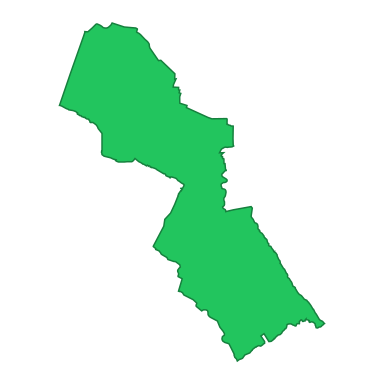 the district of Monterrey, Nuevo León, Mexico
{"feature_id": "50627088B99377367762424", "entity_name": "Monterrey", "entity_type": "district", "adm_level": 2, "iso_a3": "MEX", "parent_name": "Mexico", "parent_adm1": "Nuevo León", "projection": "orthographic", "projection_center": [-100.3, 25.64], "detail": "fine", "context": "isolated", "style": "filled", "palette": "green", "viewbox_px": 384, "rotation_deg": 0, "n_neighbors": 0, "source": "geoboundaries", "source_scale": "gbopen_adm2", "svg_char_len": 5998}
<svg xmlns="http://www.w3.org/2000/svg" viewBox="0 0 384 384"><path d="M73.2,110.6L75.6,111.5L77.0,112.5L77.5,112.8L77.2,113.2L77.4,114.1L77.9,114.4L78.7,114.4L79.1,115.2L79.7,115.5L80.1,115.7L80.9,115.6L81.4,115.9L81.5,116.5L82.1,116.7L83.0,117.0L83.9,117.4L84.6,117.3L85.3,117.5L85.3,118.0L86.7,118.9L88.7,119.2L89.1,120.2L89.8,120.9L89.9,122.0L90.4,122.5L93.0,122.5L96.1,124.8L97.4,126.6L98.2,128.6L102.0,133.4L102.0,150.8L101.7,150.8L101.5,152.3L101.7,153.0L101.9,153.2L102.0,154.6L104.1,156.2L110.6,157.8L113.3,159.1L116.1,159.8L115.6,160.6L117.1,161.5L118.6,162.0L124.2,162.0L127.3,161.7L131.8,161.7L132.6,161.3L133.9,160.0L135.0,158.5L138.8,161.7L140.6,162.5L142.0,163.4L142.8,164.1L143.7,164.2L146.5,165.9L147.4,165.2L147.8,165.6L148.6,165.8L148.6,166.0L148.9,165.8L149.4,165.9L150.4,166.7L150.3,167.0L150.9,167.2L151.2,167.5L151.4,167.3L153.4,167.9L155.6,168.7L156.9,169.7L163.8,173.8L164.6,173.7L165.0,173.9L165.8,174.9L165.9,175.6L167.4,176.4L168.5,176.7L169.2,177.1L170.1,177.1L169.9,177.7L170.4,177.8L170.9,177.0L171.5,176.9L172.9,177.3L175.9,178.3L176.9,179.2L178.1,180.7L179.0,181.1L181.3,182.9L183.0,183.9L183.8,184.3L184.1,185.0L183.6,186.4L182.4,188.5L182.1,188.7L181.1,188.2L180.9,188.5L182.2,189.2L181.0,191.0L180.7,190.8L178.7,193.7L178.9,193.8L178.8,194.0L178.0,195.4L178.1,196.4L177.7,196.8L174.7,204.4L170.6,213.1L164.8,219.3L163.8,226.2L153.6,245.6L153.3,246.2L153.3,246.6L155.8,248.6L155.6,249.2L155.7,249.5L158.9,250.8L160.6,252.8L161.0,253.8L161.9,254.6L166.9,257.5L167.9,259.5L173.9,261.5L175.5,261.6L179.8,264.8L180.3,267.1L179.1,268.2L177.7,270.2L177.7,271.5L178.6,273.6L178.5,274.6L178.0,276.1L178.1,276.6L182.1,278.7L181.8,280.1L178.5,291.2L179.3,291.5L180.5,291.5L182.5,292.7L183.9,295.0L193.2,299.7L196.7,303.0L196.7,303.6L196.1,305.1L196.1,306.1L196.6,306.7L201.7,310.9L203.5,309.8L206.1,309.9L207.3,310.5L207.9,311.5L208.1,314.8L209.3,316.5L210.4,317.3L217.4,321.0L219.9,327.2L223.2,331.4L224.4,333.6L224.3,335.3L222.5,336.5L222.0,338.4L222.1,339.8L222.9,341.2L224.9,342.5L228.2,343.5L229.1,344.0L234.3,354.4L234.0,354.9L234.8,357.3L236.5,359.0L237.3,361.0L239.5,359.4L241.0,359.0L242.5,358.3L244.5,355.5L245.0,354.9L249.8,352.9L251.5,350.8L252.2,350.3L252.5,349.5L255.5,347.1L256.0,347.2L256.4,346.7L258.5,345.7L258.9,345.6L260.3,346.1L261.0,346.0L262.9,344.6L263.2,344.1L264.6,343.3L264.6,341.5L260.9,336.0L264.0,333.7L268.9,341.6L270.9,341.4L271.4,341.1L271.6,341.1L272.7,340.1L273.3,339.8L274.1,338.6L274.5,338.8L275.6,337.3L277.1,335.9L277.7,335.6L278.2,334.9L279.9,334.7L281.1,333.7L281.7,333.1L282.5,331.5L283.8,330.4L284.5,329.7L284.8,329.0L285.7,328.7L286.4,327.7L287.1,324.5L288.9,323.9L291.1,323.9L293.1,325.1L293.8,325.2L294.8,325.8L295.8,326.0L296.1,325.6L296.5,324.4L297.0,323.9L297.8,323.6L299.4,323.7L299.5,323.0L299.3,321.7L301.1,319.8L301.6,319.9L302.4,320.9L302.5,321.4L303.5,321.4L304.4,320.9L305.1,320.9L305.3,319.6L305.9,319.1L305.8,319.5L306.0,319.8L307.7,319.8L308.3,320.2L308.7,320.8L308.8,320.6L309.1,320.5L309.3,320.6L309.3,322.1L309.5,322.2L309.9,322.4L310.7,322.0L311.7,321.8L313.4,322.3L315.0,323.7L315.3,325.3L315.6,325.8L316.1,327.7L316.8,327.9L317.4,328.0L318.2,327.7L319.2,327.0L320.3,327.0L321.2,326.5L322.4,325.2L322.9,325.0L323.3,324.6L323.7,324.0L324.5,323.6L322.5,321.3L320.3,320.3L319.2,319.2L316.3,314.2L315.1,312.7L313.5,309.3L313.1,309.3L311.0,305.7L309.9,304.1L309.0,303.0L308.7,302.4L307.5,301.4L306.8,300.3L304.2,299.2L304.0,298.8L301.4,295.6L299.2,294.3L297.5,292.2L295.2,288.2L295.3,287.8L295.1,287.5L294.6,287.0L293.0,286.3L292.8,285.5L292.6,285.0L292.3,284.7L292.2,283.7L291.6,282.2L290.5,280.7L289.2,278.5L287.8,277.6L287.5,276.7L287.7,275.7L287.6,274.9L287.1,273.8L286.4,273.3L284.5,269.2L283.5,268.5L280.6,263.7L280.1,263.5L280.3,262.6L279.9,260.8L278.8,259.6L277.2,256.0L277.1,254.8L275.7,252.8L274.5,252.2L274.6,251.5L274.0,251.7L273.7,251.5L273.6,250.8L272.8,249.5L271.9,248.5L271.0,246.7L270.7,246.3L269.4,246.1L268.7,245.5L268.8,243.8L267.8,242.9L267.5,242.2L266.9,239.7L266.2,238.9L265.2,238.5L265.0,237.7L264.7,237.6L264.2,237.1L264.0,236.0L262.1,233.4L260.9,232.7L259.5,231.3L259.4,231.0L259.7,230.6L259.6,230.4L258.0,228.8L257.9,227.6L258.0,226.3L257.5,224.3L256.4,223.3L255.0,222.8L254.6,222.5L253.2,219.4L251.6,217.4L251.1,216.4L252.3,208.1L251.1,206.6L233.4,209.8L225.8,211.6L225.8,210.8L225.2,209.6L223.5,208.6L222.7,207.6L222.6,207.0L224.1,205.6L224.5,204.7L224.5,201.8L223.9,200.4L223.8,198.7L224.2,197.6L225.0,196.6L225.4,195.6L226.0,192.5L226.0,191.8L225.7,190.4L225.2,189.7L224.5,189.2L222.2,188.6L221.9,188.4L221.8,187.2L221.4,186.7L221.2,186.0L221.1,184.3L221.4,183.9L223.4,182.5L224.9,182.5L226.4,181.8L227.0,181.1L227.1,180.2L227.0,179.8L226.2,179.0L222.8,176.9L222.0,176.0L221.8,175.0L221.9,174.2L222.1,173.9L223.1,173.0L223.2,172.8L224.8,171.1L225.5,170.6L226.2,170.5L226.2,170.3L226.2,170.0L225.6,169.6L225.5,169.2L225.0,163.6L224.0,163.6L223.9,159.1L223.7,158.6L222.6,158.6L222.5,156.7L221.6,156.6L221.4,156.4L221.2,155.8L221.2,155.4L221.7,155.0L221.5,154.6L223.6,152.7L219.5,152.8L221.0,149.9L221.6,149.0L224.4,147.4L225.6,147.1L227.4,147.4L228.6,147.1L230.9,147.0L232.2,146.8L233.7,146.0L233.2,144.9L233.0,138.5L233.2,126.1L232.1,126.0L231.2,126.1L230.4,125.4L228.4,125.0L227.3,123.9L227.0,124.0L227.1,119.2L227.0,118.9L226.6,118.6L211.9,118.8L208.1,117.5L186.4,107.6L187.0,105.5L179.8,103.2L179.7,97.3L179.8,96.4L180.8,93.4L179.1,92.8L179.8,90.1L178.9,90.1L178.6,89.7L178.6,87.4L173.2,87.1L173.5,84.6L176.0,78.9L174.7,79.2L174.9,73.8L160.8,60.3L158.5,60.6L149.9,48.1L149.3,45.9L149.3,44.8L149.0,43.7L147.6,41.7L144.7,39.1L140.6,34.7L139.0,33.4L136.9,32.3L136.6,32.0L136.9,30.7L137.4,29.1L137.3,28.9L135.8,28.0L124.3,27.0L112.1,23.0L111.1,24.8L110.0,25.9L108.5,27.2L107.6,27.7L106.2,28.1L104.3,27.9L103.2,27.6L101.6,26.2L100.0,25.2L97.3,24.0L96.4,24.0L95.8,24.4L92.3,27.9L88.0,31.7L87.3,31.8L84.9,31.6L85.0,31.9L83.5,36.4L70.4,73.5L59.5,105.4L59.8,105.4L61.6,106.0L66.5,108.7L68.1,109.2L68.9,109.9L69.2,109.9L73.2,110.6Z" fill="#22c55e" stroke="#15803d" stroke-width="1.5"/></svg>